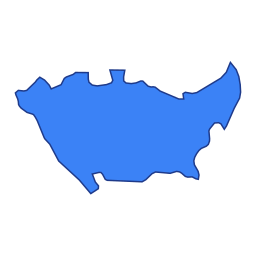 map outline of Milano (Natural Earth projection)
{"feature_id": "ITA-5450", "entity_name": "Milano", "entity_type": "Province", "adm_level": 1, "iso_a3": "ITA", "parent_name": "Italy", "parent_adm1": "", "projection": "natural_earth1", "projection_center": [9.132, 45.455], "detail": "fine", "context": "isolated", "style": "filled", "palette": "blue", "viewbox_px": 256, "rotation_deg": 0, "n_neighbors": 0, "source": "natural_earth", "source_scale": "10m", "svg_char_len": 1368}
<svg xmlns="http://www.w3.org/2000/svg" viewBox="0 0 256 256"><path d="M230.4,62.4L236.2,69.7L238.8,76.5L240.2,84.7L240.6,92.2L239.6,98.1L234.2,108.3L226.5,125.9L224.3,129.3L220.9,123.8L218.6,122.7L214.5,123.0L209.7,128.9L208.9,130.9L209.6,138.6L209.5,141.1L208.3,144.4L206.3,146.2L201.3,148.4L198.9,150.5L196.6,153.7L194.7,157.3L193.8,160.8L194.4,164.8L198.1,171.3L199.0,175.0L198.3,179.3L195.9,178.8L192.2,176.9L187.7,177.1L185.3,176.4L181.7,173.2L179.6,171.9L176.6,171.4L170.2,173.3L155.5,172.0L152.0,173.7L145.8,179.7L142.1,181.8L107.2,180.3L105.3,179.4L102.6,174.3L101.0,172.5L99.1,172.4L92.3,174.0L95.3,182.0L98.5,185.9L98.3,188.7L90.8,193.6L79.3,180.0L58.7,161.0L49.8,144.2L44.8,138.8L44.1,137.5L37.3,120.8L35.2,117.0L33.6,114.7L32.5,114.1L27.0,112.4L21.2,108.2L19.5,106.2L18.6,104.6L18.3,101.3L17.7,98.9L16.1,95.3L15.4,92.9L18.3,90.4L23.9,91.0L26.7,90.4L35.3,82.1L36.9,79.9L39.8,77.2L44.6,80.1L49.2,85.1L51.2,88.9L61.1,84.7L64.3,78.4L66.3,77.0L73.2,74.4L75.6,72.5L88.2,72.6L88.3,79.3L89.0,82.3L92.3,85.1L97.2,85.9L106.5,84.6L111.5,82.8L112.8,80.3L109.9,70.0L124.8,70.2L123.6,76.9L123.7,80.9L126.0,83.0L131.3,83.6L136.1,82.9L140.8,81.0L142.8,81.1L148.1,86.2L151.1,87.0L153.2,86.8L155.2,87.2L160.2,91.1L178.8,99.0L183.7,99.0L183.0,93.7L185.3,92.3L192.2,93.5L196.8,92.6L220.8,78.2L226.3,72.3L230.4,62.4Z" fill="#3b82f6" stroke="#1e3a8a" stroke-width="1.5"/></svg>